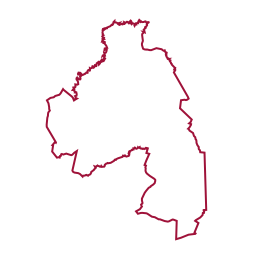 Soconusco, Veracruz, Mexico (orthographic projection), rotated 273°
{"feature_id": "50627088B56409372857875", "entity_name": "Soconusco", "entity_type": "district", "adm_level": 2, "iso_a3": "MEX", "parent_name": "Mexico", "parent_adm1": "Veracruz", "projection": "orthographic", "projection_center": [-94.827, 18.007], "detail": "fine", "context": "isolated", "style": "outline", "palette": "rose", "viewbox_px": 256, "rotation_deg": 273, "n_neighbors": 0, "source": "geoboundaries", "source_scale": "gbopen_adm2", "svg_char_len": 5863}
<svg xmlns="http://www.w3.org/2000/svg" viewBox="0 0 256 256"><g transform="rotate(273 128 128)"><path d="M50.3,210.4L107.4,205.7L107.6,201.4L109.5,201.0L110.5,199.9L111.8,199.6L112.6,199.7L114.5,198.2L116.7,197.2L118.7,197.0L119.9,196.6L120.3,196.1L122.3,195.6L123.5,194.3L126.4,193.2L128.6,189.6L130.2,188.6L130.4,188.1L131.9,189.4L134.4,190.7L135.2,190.8L135.8,188.8L137.3,190.3L139.8,191.2L150.4,178.9L158.5,179.5L159.2,183.0L158.9,184.4L159.4,185.7L160.5,187.0L162.2,186.2L185.9,170.9L188.3,172.2L188.9,172.1L188.9,171.1L189.2,171.2L189.2,171.6L190.5,172.0L190.8,171.4L193.5,168.5L194.3,168.3L194.7,167.6L195.7,167.4L196.8,166.3L197.6,166.1L197.9,166.5L198.8,164.8L199.2,165.3L199.1,164.1L199.8,163.7L199.9,164.1L201.1,162.8L202.5,162.2L202.8,162.5L203.6,161.9L204.5,162.0L204.2,162.5L205.0,162.6L205.0,162.1L205.5,162.2L205.9,161.2L207.4,160.6L206.9,159.9L207.5,158.6L208.4,157.5L209.2,152.2L207.0,147.2L206.9,145.8L207.4,142.7L207.2,142.2L207.4,140.2L208.0,138.9L211.6,137.6L213.0,137.5L215.8,138.3L221.8,137.2L223.0,137.5L224.3,139.0L225.0,138.1L225.0,138.8L224.6,139.6L226.3,139.1L227.1,138.6L228.7,140.2L228.9,139.8L229.6,139.8L230.5,141.0L231.7,141.7L232.3,141.6L232.7,141.2L233.2,141.4L234.5,143.1L234.8,143.0L234.8,142.3L234.2,141.8L234.7,140.4L235.3,140.1L235.4,139.6L234.7,138.2L234.5,136.5L234.8,135.6L235.0,135.5L234.6,135.0L236.0,134.2L236.5,133.6L235.6,133.1L234.7,133.9L234.3,132.5L233.7,132.2L233.2,132.4L233.1,130.5L232.8,130.3L231.7,130.8L231.3,129.5L230.4,129.2L230.7,129.0L231.6,129.2L232.1,129.1L232.5,128.5L232.8,127.3L232.6,126.8L232.0,126.3L232.4,126.1L232.7,124.3L233.0,124.3L233.8,125.2L234.0,126.0L235.1,125.4L235.4,125.0L234.0,123.9L232.8,123.6L232.6,123.2L233.9,122.1L234.0,121.3L232.9,120.1L233.4,118.9L232.4,119.3L231.7,119.0L231.7,118.4L232.1,117.9L231.3,117.4L231.2,117.0L231.8,116.5L230.5,114.0L230.8,113.5L231.1,114.3L231.5,114.3L232.0,113.6L232.5,114.0L232.0,112.5L232.8,110.5L232.7,109.0L234.0,108.9L233.0,108.0L232.3,108.1L231.9,107.7L231.0,107.7L230.1,107.1L230.3,106.3L228.8,105.1L227.2,101.8L226.5,101.8L226.4,101.4L226.6,100.5L226.4,99.7L225.7,100.0L224.7,98.8L225.0,98.1L225.7,98.1L225.6,97.8L224.7,97.6L224.1,97.5L223.3,97.7L221.6,97.5L220.8,98.0L219.9,97.8L219.4,98.6L219.0,98.1L218.0,97.5L217.1,98.3L216.9,99.3L215.9,99.0L215.5,99.5L215.3,99.1L215.4,97.9L214.5,98.0L213.0,97.6L213.2,98.3L213.1,99.0L212.8,99.2L212.1,98.8L211.7,98.9L211.6,99.3L212.7,99.9L212.5,100.4L212.0,100.3L211.4,99.7L211.3,100.1L209.0,102.0L206.9,103.0L206.2,100.6L204.5,100.4L205.8,101.6L205.1,102.7L203.2,102.4L202.1,101.9L201.7,101.0L201.8,100.3L199.4,101.1L199.4,99.5L199.1,99.0L198.4,98.8L198.8,99.5L198.8,100.5L198.1,100.9L196.7,100.6L196.5,101.1L196.1,101.5L195.3,100.9L195.8,100.2L195.2,100.1L194.9,100.6L194.6,100.7L193.5,100.1L193.5,99.8L194.5,99.0L195.0,98.3L194.0,97.7L193.3,98.6L193.0,98.6L192.7,98.2L193.0,97.2L191.0,96.6L189.8,95.6L191.1,95.2L192.0,95.9L192.5,95.9L192.7,95.4L191.0,93.4L189.8,93.1L188.9,93.3L188.2,93.1L188.2,92.7L189.1,92.0L189.1,91.7L187.5,91.4L186.7,90.9L186.3,90.2L186.5,89.8L187.2,89.9L187.9,89.5L187.8,89.2L186.2,89.0L185.5,87.4L185.8,86.8L183.6,87.0L183.3,86.8L183.9,85.7L183.8,85.3L182.7,84.6L181.4,84.8L181.0,84.7L181.2,83.5L179.9,82.5L179.9,81.9L179.0,80.9L178.5,79.6L180.6,77.5L180.7,75.7L179.4,75.2L178.8,75.4L179.0,76.8L178.6,78.0L177.5,78.3L177.0,77.4L174.8,78.0L174.1,77.8L174.0,76.6L175.8,74.6L175.0,74.0L173.7,74.1L172.9,74.9L171.4,75.7L169.1,76.0L168.6,75.0L168.8,73.1L166.4,73.4L166.0,73.1L165.6,71.4L164.2,72.3L163.5,71.0L163.1,70.8L163.2,71.5L163.0,72.2L161.7,72.6L161.6,73.3L161.2,73.7L160.8,73.5L160.9,74.5L159.1,75.0L157.6,74.9L157.1,73.5L156.3,74.0L155.2,74.1L154.7,75.5L154.1,74.6L153.8,73.1L153.2,73.3L152.7,72.6L155.3,71.4L156.4,70.4L162.8,61.6L163.4,61.1L159.1,58.9L157.6,57.7L156.2,53.7L154.8,52.2L154.0,49.0L151.4,45.6L148.5,47.3L144.6,48.2L142.8,48.3L141.3,49.0L139.4,47.6L137.8,47.4L136.0,47.4L134.0,46.9L127.1,46.6L124.9,46.8L109.8,56.8L109.5,56.7L110.1,55.8L106.9,53.4L106.7,54.1L100.5,53.5L94.7,58.6L95.2,60.3L94.9,61.3L96.5,61.6L96.6,62.3L98.3,62.7L98.6,63.3L98.1,64.7L99.2,67.7L97.9,72.7L98.3,73.7L100.5,75.7L102.3,78.1L82.6,74.7L81.5,75.3L80.7,76.8L80.3,80.7L79.5,82.5L77.1,85.2L78.0,85.5L78.2,87.3L78.9,88.5L79.0,89.2L78.5,89.7L78.3,90.7L78.9,91.1L79.8,92.8L81.3,93.5L82.2,93.6L84.4,96.2L84.7,96.2L86.3,97.7L87.8,96.9L87.4,98.1L88.2,98.5L88.9,99.5L88.6,99.7L88.4,101.1L88.1,101.4L87.8,102.3L88.2,102.9L88.7,103.2L87.8,103.8L88.2,106.3L89.1,106.8L90.1,106.8L91.3,108.1L91.4,108.7L92.0,109.4L91.8,110.2L92.3,112.5L94.5,115.8L95.6,116.4L95.5,117.5L96.2,117.7L97.3,119.8L98.9,124.0L100.1,124.4L99.7,125.7L99.8,125.9L100.4,126.0L100.5,126.4L99.7,127.1L99.4,127.9L100.2,130.2L101.3,130.7L102.5,129.9L102.9,130.0L102.8,130.7L103.2,130.8L103.0,130.4L103.3,130.2L104.1,130.2L104.5,130.7L104.9,130.7L106.1,133.2L106.5,133.2L106.8,134.6L107.9,134.4L107.9,135.1L108.8,135.7L108.7,136.1L108.1,136.2L107.7,137.5L108.3,138.6L109.1,138.9L108.7,139.2L109.6,140.7L108.6,140.9L108.1,142.1L108.3,142.5L107.9,143.4L108.2,143.7L108.2,144.4L108.0,144.6L107.9,145.1L108.2,145.2L108.3,146.5L109.1,146.9L109.0,147.9L108.4,148.0L108.5,148.8L104.0,147.7L103.3,150.6L96.8,148.1L91.9,146.5L91.4,147.9L89.6,147.4L88.5,147.8L86.9,147.7L85.9,147.8L84.5,148.4L83.4,149.4L81.3,152.3L78.7,156.8L77.7,157.9L76.6,158.0L74.3,157.5L72.8,156.1L71.0,153.7L70.4,153.5L69.4,151.8L66.2,149.4L64.2,148.1L58.2,145.6L56.4,145.7L53.9,146.4L53.4,146.3L52.2,145.1L51.0,145.5L50.3,146.0L47.5,144.1L45.2,140.4L42.9,142.4L43.8,145.1L44.0,146.6L43.8,150.7L43.5,151.7L40.7,156.5L40.3,159.5L38.4,163.4L38.5,164.6L37.0,169.5L36.6,172.6L36.9,173.7L38.9,177.2L38.9,178.1L37.8,181.5L19.5,181.9L21.2,186.7L24.6,194.0L25.8,200.7L26.2,201.0L27.1,199.9L36.8,203.3L38.8,199.9L39.4,200.4L42.4,204.8L44.9,207.0L47.0,207.2L47.1,208.2L48.4,208.5L49.3,207.9L50.0,207.9L50.3,210.4Z" fill="none" stroke="#9f1239" stroke-width="2"/></g></svg>